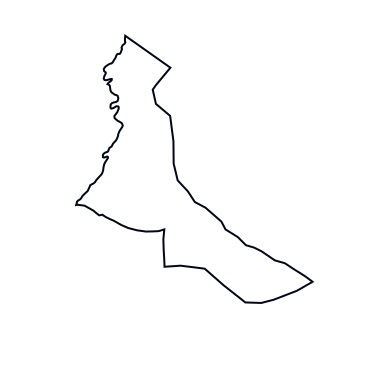 Haraze-Al-Biar, Hadjer-Lamis, Chad (Robinson projection), rotated 39°
{"feature_id": "50815135B49730685193773", "entity_name": "Haraze-Al-Biar", "entity_type": "district", "adm_level": 2, "iso_a3": "TCD", "parent_name": "Chad", "parent_adm1": "Hadjer-Lamis", "projection": "robinson", "projection_center": [14.887, 12.589], "detail": "fine", "context": "isolated", "style": "outline", "palette": "ink", "viewbox_px": 384, "rotation_deg": 39, "n_neighbors": 0, "source": "geoboundaries", "source_scale": "gbopen_adm2", "svg_char_len": 3255}
<svg xmlns="http://www.w3.org/2000/svg" viewBox="0 0 384 384"><g transform="rotate(39 192 192)"><path d="M302.9,244.3L315.7,234.6L323.3,224.3L335.7,202.7L342.2,185.9L332.8,186.3L319.6,187.9L309.0,188.9L299.4,193.0L283.4,194.3L275.3,196.1L267.4,199.4L256.0,198.2L241.6,200.0L233.5,196.5L223.0,196.1L212.4,195.7L200.5,198.0L188.4,194.1L173.6,192.0L159.9,181.5L145.7,164.3L127.1,146.6L108.5,146.2L97.1,137.2L96.7,131.8L97.0,109.0L41.8,112.6L42.6,113.8L43.3,114.9L43.9,115.7L44.5,116.4L44.9,116.8L46.0,117.6L46.2,118.8L46.3,119.5L46.0,120.4L45.9,120.9L45.7,121.7L46.4,124.2L47.7,125.0L47.7,125.4L48.0,126.0L48.2,126.5L48.6,127.8L48.9,128.9L49.0,129.8L48.7,130.4L47.9,130.9L47.6,131.2L47.5,131.5L47.3,132.0L47.1,132.5L47.3,133.2L47.5,134.3L48.1,135.6L48.2,137.1L48.3,138.0L48.6,140.0L48.8,141.2L48.6,142.7L48.1,143.1L47.9,143.3L47.6,143.9L46.6,146.2L46.2,147.8L45.8,149.2L45.9,150.1L45.9,150.5L45.9,151.6L46.6,152.6L47.8,153.4L48.3,153.4L49.1,153.4L49.7,153.4L50.3,154.0L50.5,154.7L50.6,155.2L51.0,157.3L51.5,158.3L52.1,159.5L53.5,160.0L53.7,159.9L54.8,159.3L55.1,158.9L56.3,157.3L56.4,157.2L57.8,155.2L58.5,154.7L58.6,154.8L59.1,155.3L59.1,156.2L59.1,157.0L58.3,159.7L58.5,161.0L58.5,161.3L58.8,161.2L59.6,161.0L60.7,161.0L61.2,161.1L64.1,163.8L64.3,164.1L66.0,165.0L67.4,165.2L67.5,165.2L69.5,165.0L70.7,165.0L72.5,164.2L73.8,164.1L74.6,164.7L75.7,165.4L76.9,167.9L76.3,169.8L75.9,170.4L75.8,170.5L75.0,171.5L74.5,172.1L73.8,173.5L73.8,174.0L73.8,175.2L74.8,176.8L74.9,177.0L75.0,177.2L75.2,177.4L76.0,178.0L76.8,178.0L78.0,176.4L78.6,174.8L78.9,173.9L79.2,173.0L80.3,172.2L80.6,172.0L80.9,172.0L81.2,172.0L81.8,172.4L82.1,172.6L82.4,173.2L82.9,174.2L83.0,174.6L83.3,175.7L83.7,177.1L83.7,177.5L83.8,179.9L83.8,180.6L83.8,181.3L83.8,181.5L84.4,182.5L84.6,182.6L85.5,183.3L87.2,183.4L88.6,183.4L89.2,183.5L90.6,183.2L91.5,183.0L93.0,182.8L93.5,182.7L94.2,182.7L95.3,183.3L96.4,183.9L96.8,185.0L96.9,185.8L97.0,187.4L97.3,190.0L98.0,192.7L98.6,194.0L99.1,194.7L99.4,195.7L99.9,196.9L100.0,197.2L100.3,198.7L100.5,200.0L100.4,201.1L100.2,204.2L100.5,205.5L100.9,207.3L100.8,207.5L100.4,208.7L100.1,209.6L101.1,213.0L101.2,213.6L100.7,214.5L99.7,216.1L99.6,216.6L99.2,218.0L99.4,218.7L99.4,218.9L99.5,219.3L100.0,220.0L100.6,220.6L100.9,221.0L102.0,220.6L103.0,219.0L103.7,217.9L104.2,217.8L104.5,217.7L104.9,218.0L105.4,218.9L105.4,219.4L105.7,222.6L106.2,225.4L106.6,226.2L107.4,228.0L109.3,231.1L110.1,233.0L110.3,233.8L110.6,235.2L110.4,237.6L110.1,243.0L110.3,244.5L110.5,245.1L110.3,246.0L110.2,247.1L109.7,248.2L109.1,249.5L108.8,250.8L108.7,250.9L108.8,251.1L109.9,255.2L110.0,255.6L110.3,257.0L109.9,259.5L109.4,264.1L109.6,265.3L109.8,266.8L109.6,268.4L108.7,270.9L108.8,271.3L108.8,271.5L108.8,272.0L109.5,273.4L110.2,275.0L110.6,274.5L111.3,273.8L117.2,270.2L127.2,268.5L129.6,268.6L134.4,268.6L134.5,268.6L136.7,266.0L138.0,266.0L138.9,265.9L139.9,265.8L141.5,265.6L142.8,265.2L144.5,264.9L148.8,263.7L149.6,263.5L157.6,262.2L164.9,260.2L173.5,256.3L181.1,251.7L186.1,247.5L190.7,243.4L194.0,238.5L199.6,246.9L206.5,254.9L211.8,260.7L217.3,266.9L217.7,267.4L227.5,258.3L229.4,256.5L230.4,255.9L240.6,249.5L245.6,246.4L250.1,243.6L275.0,244.6L276.6,244.6L290.9,244.4L297.8,244.3L302.9,244.3Z" fill="none" stroke="#020617" stroke-width="2"/></g></svg>